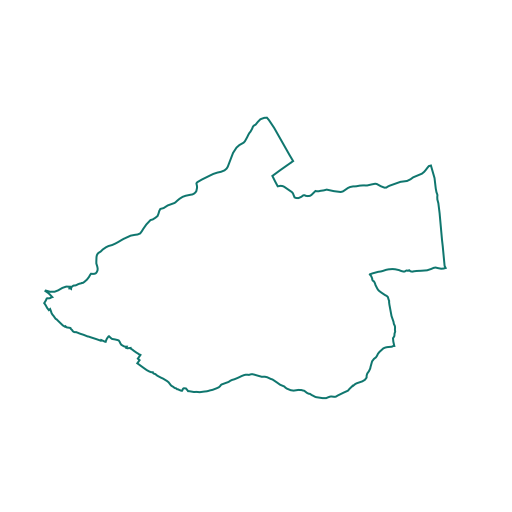 outline of Paltinoasa, Suceava, Romania, rotated 114°
{"feature_id": "2599482B31508452360493", "entity_name": "Paltinoasa", "entity_type": "district", "adm_level": 2, "iso_a3": "ROU", "parent_name": "Romania", "parent_adm1": "Suceava", "projection": "albers", "projection_center": [25.986, 47.548], "detail": "fine", "context": "isolated", "style": "outline", "palette": "teal", "viewbox_px": 512, "rotation_deg": 114, "n_neighbors": 0, "source": "geoboundaries", "source_scale": "gbopen_adm2", "svg_char_len": 6127}
<svg xmlns="http://www.w3.org/2000/svg" viewBox="0 0 512 512"><g transform="rotate(114 256 256)"><path d="M385.2,430.3L386.2,428.6L388.5,425.5L389.7,423.2L388.2,422.5L390.1,420.6L391.1,419.8L392.3,418.2L393.0,416.7L394.9,413.5L395.0,412.2L395.3,411.6L398.0,404.2L398.3,401.7L397.7,401.5L398.2,400.0L397.9,398.7L397.7,398.1L397.3,396.6L397.3,396.1L397.7,395.8L398.0,395.3L398.5,393.8L399.2,392.8L399.4,391.8L399.4,391.1L399.3,390.6L399.1,390.1L398.9,389.8L398.7,389.4L398.7,388.7L398.6,387.7L398.6,386.5L398.5,384.7L398.2,382.2L398.1,380.9L398.0,377.5L397.9,376.7L397.7,376.3L397.5,373.9L396.9,368.3L396.5,363.3L395.7,363.3L395.7,358.8L395.5,358.4L394.4,358.6L392.9,358.6L392.1,358.6L389.9,358.1L389.5,358.0L389.1,357.7L390.0,355.1L390.3,354.0L390.2,353.3L389.6,351.0L389.1,348.3L389.0,347.1L389.3,346.5L389.9,345.6L391.1,344.2L391.9,342.9L392.1,341.1L392.2,340.4L392.2,339.2L392.1,338.7L391.4,337.2L392.7,337.2L392.6,335.9L391.0,333.2L391.5,333.0L391.9,330.5L392.2,329.5L392.9,325.9L393.1,324.1L393.4,323.0L393.3,322.2L393.4,321.3L397.8,322.2L398.5,320.0L402.3,320.8L404.0,312.8L404.7,309.3L404.9,306.4L404.8,304.5L404.2,303.0L404.5,302.8L404.9,302.1L405.0,301.2L404.8,299.8L405.2,298.7L405.5,297.4L405.8,293.4L405.8,291.1L406.4,286.5L406.9,284.5L407.9,282.7L408.5,281.6L408.8,281.0L409.0,280.3L409.2,278.3L409.5,277.3L409.6,276.6L409.6,276.1L409.4,275.1L409.8,273.9L409.5,272.9L409.5,272.3L409.6,271.8L409.5,270.0L409.5,269.5L409.1,268.7L407.3,268.7L406.4,268.4L406.0,267.7L405.5,266.1L406.8,263.5L407.1,263.1L406.6,261.8L405.5,257.4L404.3,255.0L403.3,252.0L401.1,248.5L399.6,245.9L398.6,244.6L397.6,243.5L395.9,241.2L392.9,238.2L391.1,236.6L389.6,235.9L388.2,235.6L387.4,235.2L383.7,231.4L382.8,230.4L381.6,229.4L380.5,228.8L379.0,227.5L377.4,225.6L375.0,223.3L373.3,221.8L371.5,220.3L369.7,218.5L368.7,217.2L367.9,215.4L367.5,214.1L366.2,212.6L365.5,211.4L365.1,209.5L364.7,206.5L364.0,201.6L362.7,198.9L362.5,197.9L362.2,196.4L362.3,192.6L362.1,190.7L362.4,188.9L363.1,185.0L363.8,181.6L363.7,177.0L364.2,175.9L364.6,174.0L364.5,169.8L363.7,166.9L361.1,162.8L359.9,159.7L359.9,159.0L359.5,157.1L360.3,153.9L360.4,152.0L360.0,150.6L360.4,148.5L360.4,147.4L360.6,144.8L360.5,143.7L358.8,137.5L357.3,134.1L355.7,132.6L354.3,131.1L353.7,130.1L352.8,127.2L352.1,125.9L350.1,124.5L345.2,120.4L341.6,117.2L339.5,116.6L335.2,114.9L335.3,114.6L332.5,113.2L331.2,112.1L327.3,107.9L324.9,106.2L322.5,105.6L321.9,105.6L320.5,106.2L318.8,106.5L317.8,106.5L315.5,106.0L312.4,105.9L310.5,106.3L305.0,107.1L302.0,106.4L299.8,105.2L298.1,104.9L295.6,104.8L293.4,104.2L288.6,102.1L287.0,100.6L285.9,99.1L283.6,95.0L283.1,94.6L282.6,94.2L282.1,93.6L281.9,93.1L278.4,95.7L275.4,97.4L273.6,97.1L272.7,97.1L271.6,97.5L270.5,97.9L268.5,98.1L266.8,99.1L265.0,99.8L263.7,100.5L262.9,101.3L262.2,102.2L261.6,102.7L260.2,103.6L255.7,107.8L246.1,114.4L243.8,115.8L243.0,116.0L241.9,117.1L239.9,118.8L239.6,119.5L239.3,120.5L239.2,122.3L238.4,126.8L237.8,129.4L237.3,130.6L236.7,131.6L235.6,133.0L233.7,135.3L233.0,135.8L232.4,136.4L231.6,137.4L231.2,138.0L231.1,138.9L230.9,139.5L230.1,140.3L229.3,140.7L227.6,142.5L227.0,143.5L226.6,144.5L226.4,144.5L224.5,142.5L220.8,138.0L219.3,135.6L218.1,134.1L215.7,131.5L214.3,129.5L212.4,126.0L211.5,123.4L210.9,120.5L210.7,119.5L210.7,117.9L210.5,116.3L210.1,114.5L209.6,113.8L209.2,113.5L208.7,113.2L207.9,112.4L207.8,112.2L207.8,111.7L207.7,111.1L207.3,110.7L206.9,110.5L206.7,110.3L206.7,110.1L207.0,109.7L207.1,108.4L207.0,107.7L206.7,107.0L206.5,106.4L205.9,105.8L204.3,103.1L202.2,98.9L199.5,93.9L196.7,90.8L194.6,88.9L193.5,87.3L193.1,85.0L192.3,81.6L191.2,79.6L189.8,77.9L188.3,79.7L171.1,89.4L165.5,92.7L142.2,105.7L133.6,110.9L130.6,113.3L128.4,114.4L126.9,114.9L126.2,115.3L124.3,117.1L121.3,119.2L117.6,121.4L112.2,124.6L102.2,133.0L103.6,134.7L106.1,135.4L108.3,135.9L110.7,136.6L113.3,137.9L120.2,144.4L123.0,146.0L126.0,148.5L129.5,154.2L137.4,162.5L138.8,163.7L140.5,164.8L141.3,166.4L141.5,170.2L141.1,174.9L141.5,176.5L143.6,179.5L146.4,183.2L147.9,186.8L149.5,189.8L151.7,193.0L153.0,195.7L154.7,198.1L156.5,199.7L160.3,202.0L161.8,203.0L163.1,204.7L165.1,211.3L166.6,218.4L168.5,220.8L170.3,223.7L171.4,225.1L172.2,227.0L172.4,228.1L177.7,230.2L179.0,231.1L179.7,232.1L180.4,233.6L180.8,235.1L180.7,236.1L180.9,236.8L181.5,237.6L183.4,238.6L185.2,240.2L185.8,240.7L186.7,242.9L186.8,244.6L183.7,247.8L183.0,249.3L181.3,258.4L181.3,259.5L181.3,260.1L181.9,262.1L183.5,264.5L180.0,269.0L176.2,273.6L167.6,268.7L154.2,260.7L150.3,266.2L131.6,291.5L128.0,297.2L126.5,299.6L125.2,302.3L125.9,303.6L126.4,304.6L128.0,306.3L129.3,307.6L130.9,308.2L132.8,308.9L136.2,309.8L137.3,310.7L138.3,311.2L139.4,311.4L141.3,311.3L144.6,311.6L146.4,312.1L148.4,312.3L151.3,312.4L155.7,312.8L157.5,313.4L161.4,316.3L164.9,317.9L171.1,318.9L185.9,318.1L188.1,318.4L190.6,319.6L193.3,322.2L195.5,325.2L198.4,328.4L201.0,330.6L208.1,336.5L212.1,339.4L213.1,339.9L214.0,339.9L216.2,338.3L217.7,337.6L221.0,336.9L222.5,337.2L224.1,337.9L225.6,339.1L227.0,341.2L229.6,344.8L231.8,347.1L234.8,349.1L237.2,350.3L239.7,351.4L240.7,352.0L245.7,357.2L249.8,359.9L251.9,362.5L254.1,362.7L257.0,362.3L259.5,362.2L261.9,363.4L264.6,365.2L266.1,367.0L271.8,369.0L276.9,370.0L279.9,370.4L282.5,371.0L284.5,372.9L286.1,375.5L288.4,378.8L294.2,383.9L295.8,385.1L299.2,387.5L301.8,389.5L304.4,391.8L306.9,394.8L308.9,396.5L312.3,398.6L315.1,399.7L317.3,401.2L318.6,401.6L320.0,401.7L321.8,401.3L325.8,399.7L327.8,398.8L330.1,396.8L331.8,395.6L333.3,395.0L334.7,394.9L335.8,395.0L336.6,395.2L337.2,395.5L337.6,396.0L338.2,396.7L339.0,398.5L339.3,399.5L340.1,399.7L341.2,399.9L342.8,400.0L344.6,400.4L346.5,400.9L349.7,402.4L351.1,403.3L351.3,403.9L351.6,404.3L352.3,404.8L352.7,405.5L353.2,406.1L354.4,407.3L355.2,407.9L356.2,408.8L357.2,410.6L357.7,411.0L358.5,411.5L359.1,411.8L360.4,411.9L361.2,411.6L361.1,412.2L361.5,413.3L359.8,413.6L361.1,416.9L363.9,419.9L367.9,422.8L370.6,425.5L372.4,429.5L373.1,434.0L373.7,434.1L374.3,430.8L374.9,429.0L376.4,425.4L377.1,426.2L377.8,426.6L378.4,427.2L378.9,427.9L379.2,428.6L379.5,429.5L380.0,429.9L382.1,429.9L385.2,430.3Z" fill="none" stroke="#0f766e" stroke-width="2"/></g></svg>